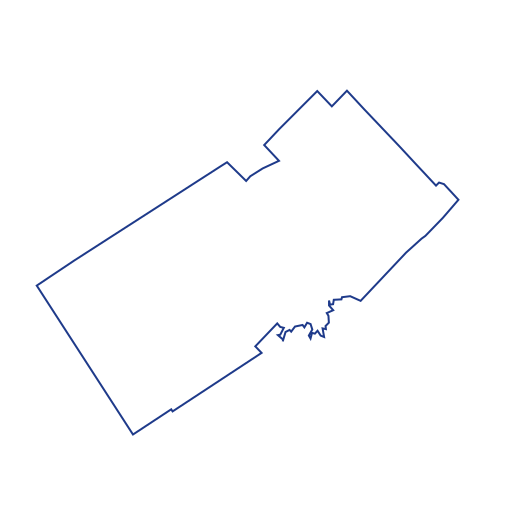 the district of Piscataquis, Maine, United States of America, rotated 237°
{"feature_id": "52423323B69646199912282", "entity_name": "Piscataquis", "entity_type": "district", "adm_level": 2, "iso_a3": "USA", "parent_name": "United States of America", "parent_adm1": "Maine", "projection": "equal_earth", "projection_center": [-69.536, 45.793], "detail": "fine", "context": "isolated", "style": "outline", "palette": "blue", "viewbox_px": 512, "rotation_deg": 237, "n_neighbors": 0, "source": "geoboundaries", "source_scale": "gbopen_adm2", "svg_char_len": 991}
<svg xmlns="http://www.w3.org/2000/svg" viewBox="0 0 512 512"><g transform="rotate(237 256 256)"><path d="M173.3,55.6L173.6,101.4L171.1,101.4L171.7,207.9L180.6,206.2L187.9,237.1L183.3,237.7L180.6,240.2L176.8,233.5L177.7,231.3L171.0,233.2L169.8,231.9L176.2,239.4L175.7,243.9L173.4,244.3L175.6,250.3L172.8,257.5L169.8,257.7L172.2,262.5L169.2,264.7L163.7,263.2L160.5,257.0L157.1,256.8L161.0,261.1L158.8,263.1L159.8,266.9L154.0,266.9L151.0,269.0L159.0,272.4L156.6,274.8L159.4,276.2L160.4,280.8L166.4,284.2L169.6,284.3L168.5,291.2L174.7,290.3L178.9,293.0L174.9,291.6L173.6,294.4L176.9,297.4L173.1,304.0L174.6,305.7L171.0,313.1L161.4,319.3L177.1,383.7L180.4,404.4L180.6,408.9L186.2,433.4L192.9,456.4L213.9,452.8L217.9,449.5L217.0,445.3L245.7,440.2L270.4,435.9L319.8,426.7L345.1,422.3L340.2,401.1L361.0,397.2L349.9,345.1L344.6,323.3L323.3,327.1L325.8,309.3L326.0,294.7L324.3,288.6L350.4,282.8L350.5,274.8L351.2,101.0L350.6,56.0L173.3,55.6Z" fill="none" stroke="#1e3a8a" stroke-width="2"/></g></svg>